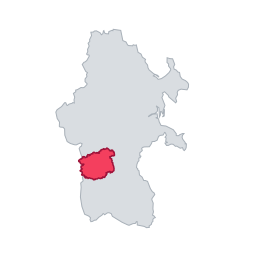 Zhytomyr highlighted on a map of Ukraine, rotated 259°
{"feature_id": "UKR-324", "entity_name": "Zhytomyr", "entity_type": "Region", "adm_level": 1, "iso_a3": "UKR", "parent_name": "Ukraine", "parent_adm1": "", "projection": "mercator", "projection_center": [28.508, 50.617], "detail": "fine", "context": "in_parent", "style": "filled", "palette": "rose", "viewbox_px": 256, "rotation_deg": 259, "n_neighbors": 0, "source": "natural_earth", "source_scale": "10m", "svg_char_len": 7756}
<svg xmlns="http://www.w3.org/2000/svg" viewBox="0 0 256 256"><g transform="rotate(259 128 128)"><path d="M172.0,174.8L174.6,178.9L176.9,181.0L178.0,181.1L181.1,179.6L183.1,180.1L184.9,178.8L189.5,179.8L188.1,182.4L187.4,185.0L181.5,186.0L179.3,184.4L177.0,184.5L175.7,186.4L173.4,187.7L172.7,189.2L168.5,189.1L165.7,190.5L163.6,193.4L161.3,195.2L159.4,195.8L156.5,195.1L154.2,193.2L156.0,187.5L155.4,184.5L153.6,183.1L151.2,183.0L148.2,180.5L144.7,180.8L143.6,179.6L150.7,174.0L152.3,173.8L156.6,170.8L155.8,168.4L154.0,169.0L151.4,167.1L143.2,168.6L138.2,165.7L135.9,165.4L135.3,164.7L137.7,164.0L137.9,163.0L134.6,162.3L132.8,160.9L141.9,162.2L144.4,159.9L141.8,160.7L139.3,160.2L138.3,159.5L137.2,157.1L137.2,153.9L136.0,151.0L135.1,150.0L136.8,154.8L136.4,159.3L132.6,159.1L132.9,157.2L131.1,159.7L128.1,159.8L124.2,160.9L122.7,165.6L117.7,172.1L113.2,174.3L111.7,173.9L111.1,174.5L110.8,176.4L111.5,177.4L112.2,180.6L111.9,181.9L110.4,180.1L108.5,179.3L106.5,179.6L102.8,181.4L101.5,181.1L101.6,182.0L101.3,182.3L97.8,181.4L96.3,180.5L95.1,178.9L96.2,178.1L98.3,177.8L98.2,175.4L100.9,172.4L101.0,171.0L103.4,169.2L104.0,167.1L103.2,164.1L103.5,162.5L106.1,161.4L106.3,163.8L106.8,163.6L107.4,162.4L110.9,163.5L111.9,162.6L113.4,164.3L116.1,163.8L116.7,163.1L114.4,161.2L114.6,158.1L113.9,156.4L110.4,154.2L109.7,151.4L110.1,149.1L108.3,148.1L105.5,145.4L106.3,140.6L106.2,138.8L105.4,137.5L103.1,137.7L101.4,134.8L98.7,134.3L97.9,135.3L97.5,134.4L96.5,134.4L96.6,133.3L96.0,132.8L93.7,132.5L93.1,131.4L90.6,129.8L87.6,128.8L85.9,129.8L85.2,129.5L84.0,130.6L79.7,130.3L77.1,132.5L73.5,133.4L73.2,134.9L71.9,137.0L64.1,138.4L60.7,139.8L59.6,141.1L57.6,141.6L54.1,138.0L53.0,137.7L49.5,138.4L43.8,137.0L40.8,137.0L37.8,135.4L36.8,136.7L34.8,137.7L34.6,136.4L33.6,135.0L31.5,134.6L30.8,133.4L28.9,132.5L27.8,130.0L26.4,130.0L26.6,127.2L28.3,125.2L31.0,118.6L34.4,119.1L34.5,118.4L32.9,116.9L33.2,114.7L32.3,110.5L32.9,109.3L36.6,104.2L44.3,95.8L47.2,95.2L48.5,93.1L48.6,91.5L47.3,88.5L48.7,87.5L48.6,87.0L47.4,85.8L46.0,82.4L43.7,79.1L43.9,77.6L43.1,75.3L43.1,73.7L45.2,73.2L47.0,74.1L49.0,72.7L51.6,69.0L59.6,67.8L69.3,68.1L78.8,70.7L83.0,71.1L84.7,73.9L88.2,73.8L89.2,74.4L89.3,76.1L91.1,74.0L92.8,74.6L94.8,73.7L99.4,74.9L100.0,76.5L100.9,76.9L102.3,74.9L105.1,73.3L107.9,77.8L110.2,76.9L117.1,76.1L118.7,77.5L119.0,78.8L121.4,79.9L122.4,78.3L121.3,73.9L121.8,72.2L123.8,68.5L126.3,65.7L133.0,64.6L139.2,65.6L141.0,64.5L141.9,61.5L142.7,60.9L146.9,61.9L150.8,60.3L157.4,60.2L159.5,61.9L161.7,66.9L164.9,70.6L164.7,71.7L161.8,72.4L161.7,73.0L162.7,74.7L163.0,78.1L163.5,78.6L162.8,80.1L166.0,80.4L168.5,81.6L172.4,81.0L173.5,83.6L175.2,83.9L175.3,85.6L176.7,89.6L176.1,91.6L176.3,92.9L178.4,95.9L179.3,96.3L181.7,94.7L184.3,95.2L186.4,97.5L188.6,97.5L190.0,98.8L191.6,97.3L199.1,95.2L200.9,97.3L201.1,98.6L202.2,100.5L206.1,103.8L207.2,103.5L207.6,102.0L208.5,101.5L210.7,103.1L212.9,103.3L215.9,105.5L218.8,105.0L220.3,107.0L222.1,107.2L225.7,109.9L229.1,109.8L228.8,112.4L229.6,113.4L229.4,115.5L226.9,118.7L224.6,119.7L225.4,121.3L228.0,122.4L228.2,122.9L225.8,123.1L224.8,124.3L224.1,126.8L226.3,127.6L226.9,130.8L226.4,131.7L227.7,132.3L225.2,139.5L214.8,139.6L212.8,142.5L209.7,143.4L208.8,144.3L207.8,148.2L208.7,149.0L207.8,150.7L208.0,152.0L200.4,152.3L198.1,154.9L194.8,155.6L192.0,158.3L190.8,157.5L189.3,157.5L186.1,159.2L183.3,159.1L181.0,159.8L176.2,163.7L174.0,167.2L171.9,168.2L174.9,165.4L175.0,163.9L174.3,162.8L172.4,165.6L170.0,166.9L170.1,170.2L172.0,174.8ZM139.5,167.4L132.9,165.8L132.3,163.9L133.8,165.5L139.5,167.4Z" fill="#d9dde1" stroke="#a8b0b8" stroke-width="1"/><path d="M95.0,72.9L95.3,72.9L95.4,73.1L95.5,73.3L95.5,73.6L95.6,73.8L95.7,74.0L96.0,74.2L96.2,74.3L96.3,74.5L96.4,75.0L96.6,75.2L97.0,74.8L97.6,74.5L97.9,74.4L98.2,74.4L99.2,74.6L99.5,74.7L99.6,74.9L99.6,75.3L99.8,76.3L99.9,76.6L100.0,76.8L100.5,76.7L100.7,76.9L100.8,77.3L100.9,77.5L101.1,77.2L101.1,76.3L101.2,76.0L101.4,75.5L101.7,75.1L102.1,74.8L102.4,74.6L102.8,74.5L103.5,74.5L103.7,74.4L104.0,74.2L104.2,73.6L104.5,73.4L104.9,73.3L105.4,73.4L105.6,73.6L105.8,73.8L106.0,74.5L106.4,75.0L106.5,75.3L106.6,75.8L106.5,76.3L106.5,76.5L107.0,76.9L107.1,77.2L107.2,77.6L107.3,78.0L107.6,78.1L107.8,78.0L108.0,77.9L108.0,78.1L108.3,78.1L108.4,78.3L108.3,79.2L108.3,79.3L108.2,79.6L108.1,79.8L107.9,79.9L107.6,80.2L107.3,80.3L107.1,80.3L107.2,81.2L107.4,82.1L107.4,82.4L107.5,82.6L107.8,82.1L108.1,82.1L108.3,82.3L108.6,82.6L108.8,83.0L109.3,83.3L109.5,83.5L109.2,84.2L109.2,84.3L109.2,85.1L108.9,85.1L108.5,85.1L108.4,85.1L108.5,85.5L109.4,86.7L109.7,87.0L109.5,88.5L110.0,88.6L110.3,88.7L110.4,88.8L110.5,89.0L110.7,89.9L110.6,90.0L110.5,90.3L110.1,90.6L109.9,90.9L109.6,91.4L109.4,91.8L109.4,92.0L109.7,92.3L109.8,92.4L109.6,93.0L109.4,93.1L109.4,93.3L109.5,93.5L109.6,93.8L109.5,94.1L109.4,94.3L109.0,94.2L109.0,94.3L109.2,94.6L109.2,94.8L108.8,94.9L108.8,95.0L109.0,95.2L109.5,95.0L110.0,94.9L110.1,95.0L110.4,95.3L110.5,95.5L110.6,96.0L110.7,96.4L110.8,96.7L110.8,96.8L111.1,96.8L111.3,97.0L111.5,97.5L111.8,97.6L111.8,97.9L111.8,98.6L111.8,99.2L111.8,99.4L112.1,99.6L112.2,99.8L112.2,100.0L112.3,100.2L112.3,100.3L112.2,100.5L111.6,100.7L111.5,100.9L111.5,101.0L111.7,101.8L111.6,102.0L111.6,102.3L112.2,103.4L112.3,103.5L112.2,103.6L111.9,104.0L111.5,104.2L111.4,104.5L111.1,104.8L110.9,104.9L110.6,105.1L110.2,105.3L109.8,105.6L109.6,105.6L109.4,105.9L109.1,105.9L109.0,106.0L108.9,106.1L109.0,106.5L108.9,107.1L108.7,107.5L108.8,107.6L109.4,107.5L109.4,108.0L109.1,108.2L109.0,108.3L109.0,108.5L108.7,108.5L108.2,109.0L107.3,109.2L107.1,109.2L107.1,109.3L107.0,109.7L106.9,109.7L106.7,109.7L105.5,109.7L104.7,109.6L104.2,109.6L103.9,109.5L103.7,109.4L103.9,109.1L103.9,108.9L103.8,108.7L103.7,108.4L103.4,108.1L103.5,107.8L104.0,107.1L103.6,106.7L103.3,106.1L103.3,105.8L103.2,105.6L103.3,105.4L103.2,105.2L103.0,104.9L102.9,104.9L103.0,104.7L102.9,104.7L102.1,104.5L101.9,104.9L101.7,105.0L101.4,105.2L101.2,105.3L101.0,105.6L100.9,106.0L99.8,105.9L99.4,106.1L99.1,106.2L98.9,106.0L98.6,105.8L97.5,105.8L97.4,105.8L97.2,106.2L97.1,106.3L96.9,106.4L96.7,106.4L96.4,106.4L95.9,106.2L95.7,106.1L95.4,106.3L94.3,106.3L93.3,106.6L93.0,106.6L92.2,106.5L91.2,106.6L88.8,106.0L88.7,105.8L88.6,105.5L88.2,104.8L88.1,104.7L88.1,104.3L88.0,104.2L87.6,104.1L87.5,103.9L87.5,103.5L87.6,103.4L87.9,103.4L87.9,103.1L87.6,102.5L87.5,102.3L88.1,102.4L88.3,102.4L88.6,102.1L88.8,102.0L88.9,101.9L88.9,101.7L88.8,101.4L88.5,101.2L88.4,101.0L88.5,100.8L88.7,100.5L88.7,100.4L88.5,100.1L88.7,99.8L88.7,99.7L88.3,99.0L88.2,98.9L88.3,98.3L88.2,98.0L88.1,97.9L88.0,98.0L87.8,98.3L87.7,98.5L87.0,98.6L86.9,98.5L86.9,98.4L86.9,98.2L86.4,97.9L86.3,97.6L86.2,97.6L85.9,97.6L85.9,97.4L86.0,97.3L85.9,97.2L84.9,96.4L84.7,96.1L84.6,95.9L84.1,95.8L84.0,95.7L84.2,94.6L84.5,94.3L84.8,94.1L84.7,93.9L84.3,93.8L84.2,93.4L83.9,93.2L83.7,93.0L83.6,92.9L84.0,92.4L84.0,92.1L83.9,92.0L83.7,91.8L83.6,91.7L83.6,91.4L83.8,90.8L84.0,90.5L84.1,90.4L84.4,89.7L84.5,89.4L84.4,89.1L84.0,88.5L83.9,88.2L83.9,87.9L84.1,87.0L84.1,86.6L83.9,86.3L83.8,86.2L84.0,86.0L84.1,85.9L83.9,85.7L83.8,85.2L83.6,84.8L83.7,84.7L83.8,84.3L83.9,84.2L84.0,84.1L84.4,84.0L84.7,83.9L84.8,83.8L85.0,83.3L85.2,83.1L85.3,82.9L85.4,82.1L85.7,81.8L85.9,81.2L86.0,81.1L86.3,80.9L86.5,80.6L86.5,80.4L86.5,80.1L86.1,79.3L86.1,79.2L86.8,79.0L87.0,78.8L87.1,78.5L87.2,78.3L87.1,78.2L86.9,78.1L86.9,77.9L86.9,77.7L87.1,76.7L87.3,76.7L87.4,76.9L87.5,77.1L88.0,77.6L88.2,77.4L88.1,77.2L87.9,77.0L87.9,76.9L87.9,76.4L88.0,76.2L88.5,75.9L88.9,75.8L89.0,75.9L89.1,76.1L89.3,76.3L89.5,76.3L89.7,76.2L90.3,75.5L90.3,75.4L90.4,75.1L90.3,74.5L90.4,74.1L90.6,73.8L90.8,73.6L91.0,73.6L91.3,73.7L92.0,74.5L92.4,74.6L93.5,74.6L94.0,74.3L94.3,73.6L94.6,73.2L94.8,73.0L95.0,72.9Z" fill="#f43f5e" stroke="#9f1239" stroke-width="1.5"/></g></svg>